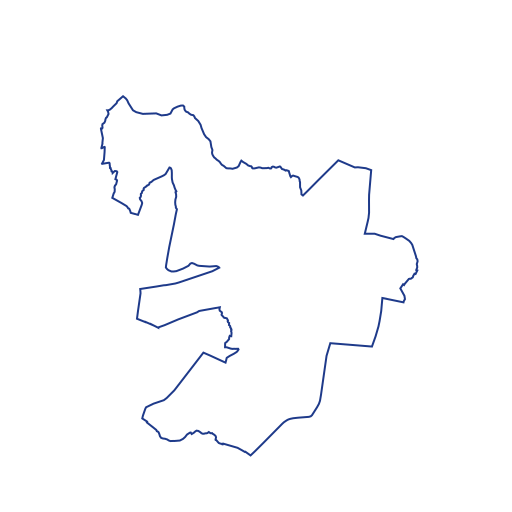 El Carmen Tequexquitla, Tlaxcala, Mexico, rotated 344°
{"feature_id": "50627088B42495423385863", "entity_name": "El Carmen Tequexquitla", "entity_type": "district", "adm_level": 2, "iso_a3": "MEX", "parent_name": "Mexico", "parent_adm1": "Tlaxcala", "projection": "orthographic", "projection_center": [-97.685, 19.341], "detail": "fine", "context": "isolated", "style": "outline", "palette": "blue", "viewbox_px": 512, "rotation_deg": 344, "n_neighbors": 0, "source": "geoboundaries", "source_scale": "gbopen_adm2", "svg_char_len": 6083}
<svg xmlns="http://www.w3.org/2000/svg" viewBox="0 0 512 512"><g transform="rotate(344 256 256)"><path d="M153.2,75.0L153.3,75.5L153.6,76.1L153.4,78.8L150.8,81.6L150.2,81.7L149.8,82.0L148.9,83.2L148.4,84.4L147.1,86.0L146.7,86.2L144.8,86.9L144.2,88.1L143.8,90.4L143.3,91.0L142.2,90.6L142.0,90.9L141.3,100.5L139.4,105.2L139.4,105.7L137.1,109.6L137.1,109.8L137.5,109.9L140.2,109.3L140.5,109.4L140.6,109.7L139.1,114.3L136.4,121.5L136.2,121.9L133.4,124.8L133.5,125.0L139.7,125.7L140.4,125.8L140.7,126.0L140.8,126.8L140.4,128.5L140.4,129.2L139.9,131.1L140.5,131.4L140.4,132.8L140.8,134.3L140.5,134.9L141.3,135.7L141.1,136.7L143.6,135.4L144.6,135.7L145.5,136.2L145.8,137.1L142.0,143.4L142.2,143.6L143.1,144.3L143.2,145.3L141.3,148.5L140.3,149.2L139.8,149.4L139.3,150.4L138.9,150.7L138.7,151.9L138.7,152.7L137.8,155.3L137.2,156.0L136.6,156.4L133.9,160.5L141.5,168.2L145.3,172.3L145.8,173.3L146.3,175.0L146.9,175.3L147.2,175.8L147.5,178.1L147.5,180.0L153.9,183.9L160.2,175.4L161.1,173.9L161.2,173.5L161.1,171.8L160.2,169.6L160.3,168.1L161.3,167.5L161.8,166.8L162.1,166.3L162.1,165.6L162.5,164.5L163.6,164.0L164.2,162.8L164.9,162.0L166.1,161.7L166.5,160.9L166.6,160.2L167.1,159.7L169.7,158.9L170.3,158.3L171.0,158.4L172.2,157.9L172.7,157.9L173.5,157.1L173.8,156.4L174.7,156.0L175.3,156.1L176.0,155.9L178.3,154.8L179.1,154.6L187.2,153.5L189.8,153.0L191.7,152.3L197.2,147.1L198.1,147.7L198.4,148.4L198.6,150.3L198.0,153.0L196.8,157.1L196.4,158.9L196.1,162.4L196.6,165.5L196.6,167.8L196.9,170.5L197.3,171.9L196.7,172.4L196.2,172.5L196.2,174.6L195.6,177.1L194.1,179.5L193.1,182.1L192.6,184.5L192.6,186.4L192.3,187.4L192.4,188.0L192.8,188.8L192.8,189.4L190.6,193.4L185.7,203.2L175.2,223.2L170.2,233.4L167.0,240.2L166.2,242.2L166.9,244.0L167.9,245.5L170.5,247.6L172.7,248.2L175.3,248.6L182.4,248.0L188.4,246.8L190.8,245.2L192.5,245.1L194.4,246.4L197.0,248.9L198.7,249.8L208.6,253.4L215.0,254.7L215.6,255.1L216.3,255.6L217.1,256.4L217.4,257.1L209.8,258.6L174.4,260.2L170.9,260.2L161.5,259.2L159.1,258.7L151.9,257.9L135.6,255.8L135.1,258.4L134.7,260.1L127.6,275.9L124.3,283.5L131.5,289.1L131.6,288.9L136.9,293.3L136.9,293.1L142.3,298.1L142.4,297.7L149.1,297.3L163.8,295.5L183.8,293.9L186.1,293.2L187.5,293.3L207.1,295.3L206.3,296.8L206.1,297.6L206.1,298.6L207.6,300.6L207.6,300.9L207.6,301.5L206.7,302.9L206.7,303.3L207.9,305.5L208.0,306.2L208.8,306.9L209.5,307.1L210.8,307.9L211.3,310.2L210.8,310.8L210.9,312.0L211.7,313.0L211.0,314.9L211.6,315.7L211.8,316.2L211.8,316.8L211.5,317.4L211.7,317.8L211.8,318.4L212.0,318.6L211.8,319.8L212.1,319.8L212.1,320.3L211.3,321.6L211.4,322.1L211.3,323.2L210.1,326.3L208.9,325.8L208.7,325.6L207.8,326.8L207.2,328.5L204.0,330.6L203.4,330.8L202.9,330.9L202.6,331.0L202.2,331.6L201.1,335.2L202.7,335.7L206.1,338.0L207.7,338.8L209.2,339.1L210.7,339.6L213.3,340.3L213.4,341.1L211.6,342.6L210.4,343.1L207.6,343.9L203.2,344.8L199.9,345.8L199.6,346.1L198.7,347.8L197.3,350.1L184.4,339.0L178.8,334.4L140.5,362.6L131.0,367.9L127.7,369.2L116.8,369.7L108.7,371.1L107.6,372.2L103.3,378.3L101.9,380.8L105.7,385.2L105.2,385.9L112.2,395.7L112.4,397.1L113.4,397.9L113.8,398.7L114.0,400.8L114.0,402.8L114.7,404.7L116.3,405.8L118.2,406.6L120.1,407.9L121.2,409.2L122.7,410.3L125.2,410.9L126.5,411.3L131.9,412.4L135.4,411.7L137.9,410.5L140.5,408.6L143.8,407.6L144.6,407.7L145.1,409.4L147.4,408.8L149.3,407.9L150.7,407.5L152.4,408.3L154.1,410.3L154.7,411.3L155.7,412.1L156.9,412.5L158.4,412.5L159.6,412.8L160.6,412.8L162.1,412.2L163.4,413.8L165.0,414.2L165.2,414.8L166.1,415.7L167.0,416.9L167.6,418.1L167.6,419.3L166.5,421.3L166.5,421.7L167.0,421.9L168.3,424.7L168.7,425.5L170.0,426.5L171.2,427.1L171.6,427.7L172.2,427.9L172.7,427.3L185.4,435.3L188.9,438.8L191.3,441.3L191.8,441.2L195.8,446.2L201.0,443.5L211.7,437.6L234.8,424.6L237.0,423.5L239.4,422.7L241.2,422.2L242.9,422.0L244.3,422.0L247.0,422.2L251.7,423.0L262.5,425.2L264.4,425.2L265.9,424.5L273.0,418.2L275.7,415.5L277.6,412.8L280.2,407.4L296.3,371.4L303.4,360.3L342.5,375.0L348.8,366.2L354.3,357.5L356.8,352.7L361.2,343.4L365.9,331.2L385.0,341.2L385.3,340.6L386.2,339.5L387.0,338.9L387.3,338.5L387.7,335.2L385.8,326.9L389.6,323.7L390.3,324.7L391.4,323.7L396.6,320.2L397.4,320.2L398.3,320.5L399.2,320.4L399.8,320.0L400.5,319.9L401.2,319.3L401.6,318.5L403.5,316.7L404.4,317.3L407.1,314.3L406.2,313.6L407.8,311.5L408.2,310.0L408.3,308.1L409.8,305.8L410.0,304.9L410.1,303.7L409.5,302.2L409.7,300.5L409.3,288.4L408.7,286.3L407.5,283.7L404.9,280.5L402.9,278.2L401.7,277.1L399.7,276.8L395.7,276.4L394.0,276.8L392.8,277.6L381.3,270.8L376.2,267.3L366.7,264.6L372.7,254.0L374.6,250.5L376.6,245.6L380.1,233.2L381.6,228.3L390.4,205.2L385.8,201.9L378.5,198.8L375.4,198.1L361.5,186.7L336.9,200.2L323.7,207.6L317.8,210.8L316.7,209.3L317.6,205.5L317.3,202.1L318.7,197.1L318.6,196.1L318.9,194.7L318.8,193.2L318.4,192.2L317.8,191.5L314.8,189.6L314.0,189.0L313.3,188.9L312.8,189.0L311.3,189.8L311.0,188.9L310.9,184.6L311.0,183.5L309.9,182.5L309.5,182.5L308.6,181.8L307.9,182.0L306.8,180.7L306.3,180.5L306.1,180.2L305.0,179.6L304.0,176.8L303.6,176.5L299.9,176.7L299.3,176.4L298.5,175.9L298.0,175.3L296.9,174.7L295.6,174.9L294.9,175.8L294.5,176.0L293.5,175.7L292.2,174.6L290.7,174.5L286.7,173.5L286.0,173.2L284.8,172.3L283.2,171.6L278.9,171.4L277.0,170.9L276.6,170.4L276.5,169.2L276.2,168.5L275.1,168.0L273.4,166.8L272.1,164.8L269.4,162.0L268.2,160.3L267.0,161.4L264.1,164.8L262.0,165.7L257.5,165.7L255.6,164.8L252.8,163.9L251.7,163.4L249.8,160.5L248.3,158.9L247.6,157.3L247.2,155.9L246.4,154.5L244.8,152.6L243.8,150.8L243.0,149.8L242.4,147.9L242.1,146.5L242.1,145.3L242.3,144.3L243.3,142.2L243.3,141.6L243.1,139.0L243.8,133.2L242.7,130.6L240.8,128.0L239.7,124.7L238.9,118.0L238.9,114.6L237.7,110.3L235.4,106.6L235.2,104.9L234.6,103.4L232.5,102.3L231.2,100.8L230.2,99.1L228.7,98.1L228.0,96.7L227.7,95.6L227.9,93.8L228.2,92.6L227.3,91.2L225.2,90.7L221.8,90.8L218.0,91.4L216.3,92.1L213.0,95.5L209.5,95.8L203.9,94.8L199.4,91.4L186.4,88.2L180.5,84.7L177.9,82.0L175.6,74.2L175.1,70.8L174.2,68.6L172.2,65.8L165.3,69.0L164.1,70.7L160.0,72.9L158.0,74.1L155.7,75.1L155.1,75.1L154.2,75.3L153.2,75.0Z" fill="none" stroke="#1e3a8a" stroke-width="2"/></g></svg>